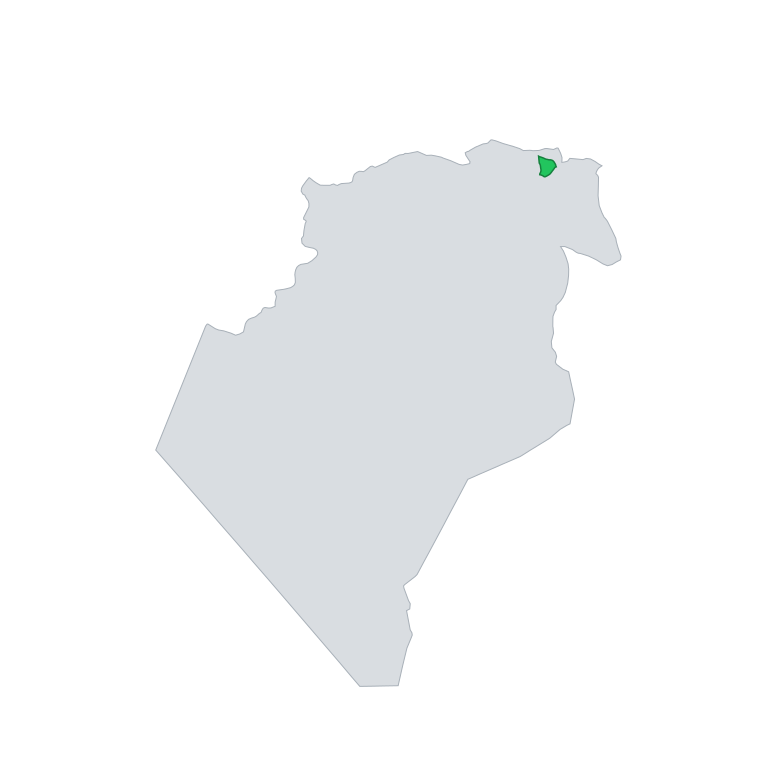 Kouh Ouest, Logone Oriental, Chad (highlighted), rotated 203°
{"feature_id": "50815135B27112556056018", "entity_name": "Kouh Ouest", "entity_type": "district", "adm_level": 2, "iso_a3": "TCD", "parent_name": "Chad", "parent_adm1": "Logone Oriental", "projection": "albers", "projection_center": [16.878, 8.171], "detail": "fine", "context": "in_parent", "style": "filled", "palette": "green", "viewbox_px": 768, "rotation_deg": 203, "n_neighbors": 0, "source": "geoboundaries", "source_scale": "gbopen_adm2", "svg_char_len": 4216}
<svg xmlns="http://www.w3.org/2000/svg" viewBox="0 0 768 768"><g transform="rotate(203 384 384)"><path d="M568.3,234.0L568.6,249.9L568.9,265.9L569.2,281.9L569.5,297.9L569.8,314.0L570.1,330.1L570.4,346.1L570.7,362.3L570.8,367.6L570.3,369.7L570.2,370.0L569.5,370.4L561.0,369.0L557.3,369.1L552.2,370.3L544.6,371.0L539.7,370.9L536.3,373.7L533.7,377.1L535.1,385.1L534.9,387.8L533.9,390.6L531.6,393.0L529.3,394.9L528.0,396.6L526.3,400.2L525.1,401.9L525.2,404.2L524.8,406.6L523.5,407.9L519.9,408.8L517.7,409.9L515.9,411.7L514.6,413.0L515.3,414.7L516.2,416.9L516.8,420.5L517.2,422.6L518.9,424.3L520.0,425.5L520.4,427.0L519.4,428.3L515.1,430.9L513.4,431.9L511.4,433.3L510.7,433.8L507.5,436.3L506.0,438.5L505.2,440.3L505.3,442.9L507.0,446.6L508.8,449.8L509.5,452.2L509.9,454.8L509.8,457.4L508.9,459.6L507.3,461.6L501.4,465.3L498.5,469.4L496.2,474.4L495.7,477.1L496.3,478.9L497.6,480.4L499.4,481.2L502.0,481.4L506.3,480.5L510.3,479.9L514.5,481.6L516.8,485.7L516.0,488.8L517.7,494.2L519.2,500.9L519.1,503.1L519.8,503.9L522.4,504.3L523.0,505.9L522.3,517.6L523.6,520.8L525.4,523.1L527.5,524.3L529.5,525.8L530.6,526.9L532.9,527.1L535.6,529.2L536.4,532.0L536.2,534.7L534.8,540.7L533.6,544.7L532.1,544.5L528.9,543.5L525.1,542.7L520.4,542.1L516.0,543.8L511.2,545.9L509.7,547.5L508.4,548.5L506.3,548.3L504.4,548.6L503.3,550.1L501.6,551.8L494.7,555.3L493.2,556.6L492.4,557.8L492.4,559.2L493.1,561.9L493.2,565.4L491.7,568.2L489.9,570.1L487.9,570.9L486.1,571.3L485.0,572.5L481.5,578.9L479.9,580.0L476.8,579.9L467.7,589.5L466.8,592.3L463.5,596.3L459.3,600.8L455.6,603.0L455.3,603.8L454.3,604.7L451.9,605.6L443.9,611.1L434.2,611.0L429.9,613.1L425.7,614.1L419.7,615.2L417.8,615.1L410.0,615.6L400.8,615.5L397.3,616.2L394.0,618.3L391.6,620.1L391.2,620.7L391.6,621.5L391.5,622.1L397.9,626.4L399.6,628.6L398.0,630.7L397.2,631.0L396.1,632.8L392.3,637.8L386.6,643.7L383.7,645.4L382.5,646.5L381.0,650.4L380.0,650.9L376.1,651.5L368.3,651.9L357.5,653.2L351.0,653.7L347.0,653.3L341.3,656.0L339.3,656.7L338.1,656.9L332.5,659.6L327.8,663.6L326.1,664.4L319.6,666.1L317.0,668.9L315.8,669.1L311.6,665.4L308.7,662.1L307.3,658.7L307.1,657.6L306.3,657.8L304.0,659.3L302.0,661.0L301.1,664.3L294.3,666.5L288.5,668.3L285.9,670.7L281.8,671.8L276.6,671.3L272.5,670.4L268.6,670.0L270.5,667.1L271.2,664.9L271.4,662.2L271.1,660.4L268.8,659.5L267.3,658.1L263.9,649.6L260.5,640.9L255.6,632.3L250.3,626.8L246.4,623.4L245.2,623.0L243.2,621.9L241.8,621.0L234.8,615.1L227.5,608.6L225.6,605.6L222.0,601.1L217.9,596.5L215.8,594.4L214.8,590.7L217.7,587.3L220.7,583.1L224.5,580.2L229.3,580.1L237.2,581.3L245.7,581.7L254.2,580.9L256.4,580.3L258.6,580.4L263.1,581.4L271.1,581.2L275.2,579.5L270.8,576.5L266.0,571.8L261.6,566.7L258.9,562.0L256.5,556.0L254.3,548.6L252.9,539.1L253.1,533.7L253.9,529.8L256.3,523.5L254.7,519.8L255.1,516.9L254.9,512.4L254.1,510.2L251.1,502.9L250.5,502.1L247.8,497.0L246.6,488.5L243.6,482.9L238.7,480.2L235.9,476.9L234.9,471.1L233.0,469.5L225.2,467.5L218.8,467.4L214.2,460.8L208.2,452.4L202.7,444.5L199.2,428.9L197.2,420.0L199.6,417.3L204.2,411.0L210.2,398.9L223.5,380.2L230.2,370.6L243.7,356.4L260.3,338.9L269.6,329.0L271.1,311.0L272.8,292.0L274.0,277.6L275.5,260.7L276.8,246.5L277.8,236.2L279.1,221.6L280.2,218.8L286.6,207.4L287.1,205.8L285.9,203.9L276.8,194.2L274.0,192.0L272.4,187.0L274.7,184.2L263.8,167.9L261.1,165.9L259.9,163.9L259.8,161.0L259.7,149.8L256.8,132.2L253.1,111.8L265.9,106.1L275.7,101.7L288.1,96.2L299.6,101.9L316.2,110.3L332.9,118.6L349.6,126.9L366.3,135.2L383.0,143.5L399.7,151.8L416.5,160.1L433.3,168.3L450.1,176.6L466.9,184.8L483.8,193.0L500.6,201.3L517.5,209.5L534.4,217.7L551.3,225.8L568.3,234.0Z" fill="#d9dde1" stroke="#a8b0b8" stroke-width="1"/><path d="M316.8,637.6L316.0,638.4L315.0,639.6L314.3,640.6L313.5,641.7L313.1,642.7L312.6,644.4L312.4,645.5L311.9,647.2L311.5,649.0L311.3,650.2L310.3,651.2L311.2,652.1L311.8,653.0L313.1,654.0L314.5,655.0L316.0,655.6L317.2,655.6L318.3,655.4L319.8,654.8L321.2,654.6L322.5,654.3L323.7,654.2L324.9,654.3L326.2,654.3L327.8,654.2L329.5,654.0L330.7,654.1L327.4,648.0L326.5,647.4L325.7,646.6L325.0,645.5L324.2,644.1L323.2,642.6L322.7,641.2L322.6,640.0L322.7,638.5L322.4,637.5L320.9,637.8L318.8,637.7L317.9,637.4L316.8,637.6Z" fill="#22c55e" stroke="#15803d" stroke-width="1.5"/></g></svg>